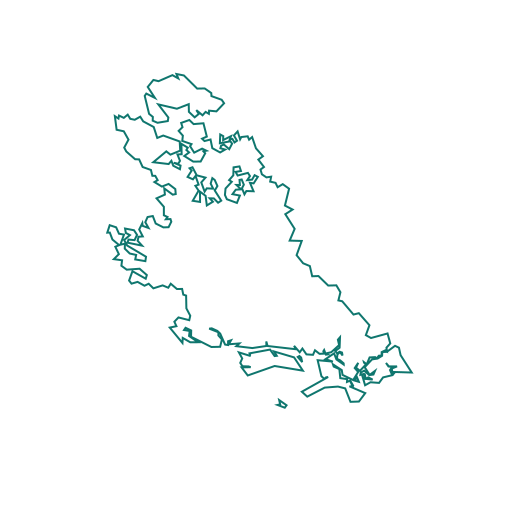 the district of Tolé, Chiriquí, Panama, rotated 302°
{"feature_id": "35544464B42415898156118", "entity_name": "Tolé", "entity_type": "district", "adm_level": 2, "iso_a3": "PAN", "parent_name": "Panama", "parent_adm1": "Chiriquí", "projection": "natural_earth1", "projection_center": [-81.647, 8.186], "detail": "fine", "context": "isolated", "style": "outline", "palette": "teal", "viewbox_px": 512, "rotation_deg": 302, "n_neighbors": 0, "source": "geoboundaries", "source_scale": "gbopen_adm2", "svg_char_len": 6148}
<svg xmlns="http://www.w3.org/2000/svg" viewBox="0 0 512 512"><g transform="rotate(302 256 256)"><path d="M174.7,224.7L170.5,231.9L166.2,233.4L162.8,222.8L157.0,221.6L154.3,225.7L149.6,220.8L143.3,239.7L147.7,237.3L148.0,246.0L152.2,252.6L152.7,241.6L157.3,239.5L155.1,234.2L157.8,234.3L158.5,240.5L153.1,243.7L155.2,266.4L160.0,273.7L167.2,271.3L168.7,266.2L171.4,264.5L169.6,254.8L171.2,256.8L172.0,262.9L171.2,266.8L164.5,276.7L165.7,279.5L168.9,277.5L171.3,279.5L166.7,279.7L173.0,288.2L169.1,287.1L176.0,301.7L185.2,312.5L189.0,310.0L185.8,313.5L198.0,339.1L200.0,335.9L197.5,344.1L202.1,344.4L199.3,350.9L202.4,356.7L207.3,356.0L206.7,361.7L209.2,365.4L210.9,363.6L212.4,363.6L210.1,366.6L214.3,370.8L224.5,373.7L228.4,369.8L231.6,370.3L222.5,375.5L217.4,373.6L216.4,376.4L219.1,377.6L219.7,380.1L217.5,382.1L219.0,378.2L215.7,377.2L211.7,379.1L212.1,382.7L211.4,387.2L210.4,387.9L210.9,379.0L214.8,373.8L205.3,369.6L207.2,377.2L200.3,363.5L188.7,375.2L188.0,379.0L190.2,379.7L191.6,381.3L165.2,366.8L163.9,374.0L180.8,384.0L188.7,394.7L191.0,401.8L182.4,413.4L187.1,420.4L197.6,421.3L195.0,404.3L196.6,407.2L199.6,402.5L197.2,407.7L200.3,401.9L197.4,399.9L199.9,398.6L197.1,392.2L204.3,386.6L203.4,380.5L204.9,378.7L204.7,389.2L201.0,392.4L202.3,404.1L211.8,404.1L213.3,399.1L219.6,399.3L214.3,400.0L213.7,405.0L222.4,406.7L222.8,404.1L223.2,403.7L222.8,407.3L230.2,406.1L233.4,410.7L233.2,412.7L236.5,413.0L238.2,415.3L241.1,413.5L244.6,415.7L244.5,417.6L247.4,415.2L253.0,416.2L260.0,408.6L247.4,397.0L247.1,391.1L257.4,388.9L262.0,373.5L258.0,369.7L263.3,353.1L262.0,349.4L270.0,346.8L273.7,339.7L269.2,332.9L272.1,319.6L268.6,314.4L276.0,307.0L274.8,299.8L278.2,290.0L293.0,286.8L286.9,276.4L299.5,274.4L307.0,258.7L314.8,262.4L314.1,253.8L330.6,248.4L331.1,240.6L325.8,237.9L328.4,233.8L326.6,228.6L331.3,226.8L328.2,223.2L328.4,217.7L331.7,214.0L335.7,215.6L339.0,206.9L344.3,209.0L347.3,198.9L354.8,189.7L351.0,188.5L353.1,185.5L349.1,180.5L346.5,180.7L351.9,174.4L346.5,173.4L343.7,178.8L340.9,177.6L342.8,173.9L341.0,172.0L344.4,171.3L336.9,166.7L340.3,164.7L340.1,161.3L332.5,165.6L339.7,173.5L338.6,176.2L332.4,176.7L333.5,169.7L331.1,167.9L328.5,168.7L329.9,173.4L324.8,170.7L324.3,161.8L330.7,155.7L326.2,151.4L326.9,148.1L331.2,151.0L340.7,141.1L334.8,133.2L336.0,127.4L329.2,122.0L326.3,125.4L321.1,124.1L319.3,130.2L314.5,132.5L316.7,142.0L314.2,141.9L310.9,148.8L318.5,153.4L319.0,158.1L316.9,155.9L316.2,158.5L306.8,159.0L302.8,152.8L302.8,142.2L308.4,144.4L309.0,140.8L311.7,140.7L311.6,133.3L302.9,139.0L300.5,135.6L296.4,141.1L293.0,141.2L291.5,136.8L292.7,144.1L289.3,145.5L288.7,138.0L291.9,133.8L287.7,133.2L281.1,119.2L297.2,124.5L296.6,129.7L305.2,135.9L312.7,130.6L309.0,113.5L303.8,109.7L311.2,100.9L310.4,89.0L312.8,84.0L307.3,81.0L305.7,76.7L307.9,72.3L303.1,70.7L302.5,65.4L299.7,66.5L299.8,62.2L289.2,70.9L291.7,77.8L287.1,86.2L278.1,86.8L275.9,90.6L274.0,102.2L276.0,105.7L271.4,112.7L273.3,121.3L269.1,125.6L270.6,128.1L268.2,132.4L264.9,130.7L265.0,139.4L270.8,143.7L270.0,152.1L266.0,155.1L263.9,152.9L264.7,142.4L259.8,146.2L252.2,141.1L248.9,151.8L241.7,156.3L242.2,160.3L239.4,160.1L242.0,163.9L240.2,166.0L234.1,166.6L231.2,162.3L230.4,153.7L235.2,147.3L231.6,143.4L226.0,144.2L222.8,150.0L221.5,143.9L223.6,142.2L216.6,142.9L212.6,149.6L210.1,146.2L206.2,147.5L204.4,153.9L199.2,139.9L202.4,139.2L205.1,144.6L210.9,143.9L213.2,138.9L209.9,130.4L206.6,133.4L206.9,138.0L199.7,135.7L196.6,141.2L197.1,163.1L193.0,164.9L189.1,155.4L193.4,153.8L191.2,147.6L192.7,140.8L197.0,138.3L193.7,135.0L204.2,132.7L202.3,128.0L206.2,122.2L204.6,115.6L197.0,117.5L198.4,119.6L193.9,125.5L192.7,134.2L189.3,131.8L184.9,138.7L178.0,137.1L181.4,144.7L176.4,147.0L175.9,153.6L183.5,164.0L182.0,173.5L178.3,174.5L177.6,159.3L167.9,161.4L166.6,165.1L171.3,169.3L171.7,177.2L175.6,179.7L174.2,186.1L181.6,192.4L182.6,198.4L187.3,198.4L186.1,206.4L188.9,210.8L184.7,214.8L185.4,217.7L174.7,224.7ZM290.9,211.7L288.7,201.2L291.3,197.3L297.1,194.4L306.1,196.1L306.1,193.0L312.4,194.0L319.3,190.0L323.2,194.5L320.1,198.2L316.5,194.1L314.5,197.8L322.2,205.1L320.6,208.5L315.7,208.4L318.7,212.2L323.8,212.0L324.1,215.6L316.3,215.5L314.9,212.1L309.6,219.6L306.0,213.4L302.2,213.5L306.0,208.2L310.0,207.9L313.3,203.3L311.8,201.7L307.7,204.7L305.9,201.8L304.6,208.0L301.5,203.7L296.0,203.3L298.7,210.3L290.9,211.7ZM269.3,173.1L281.0,172.7L283.4,167.4L286.1,169.5L291.8,162.3L287.6,161.9L286.8,156.1L294.3,156.2L295.2,153.2L297.6,155.1L293.0,163.0L295.7,171.6L289.4,170.6L283.4,178.3L287.3,178.4L290.4,184.0L293.4,179.2L298.9,177.7L298.6,180.7L294.9,186.2L289.7,186.3L284.5,197.2L281.1,195.6L282.5,189.7L280.4,186.2L279.2,190.7L272.8,187.5L280.3,181.4L280.9,174.4L272.2,179.9L269.3,173.1ZM357.7,145.8L368.6,148.0L370.3,144.1L368.0,133.5L370.5,131.7L370.9,123.7L366.8,117.4L370.9,99.2L368.2,92.1L365.4,96.0L365.1,89.3L352.6,80.7L350.9,75.7L342.0,74.6L336.5,86.5L335.6,76.9L332.8,76.8L319.9,90.0L319.3,94.8L316.0,96.7L316.8,101.9L323.7,109.7L327.0,108.3L332.8,92.8L339.0,110.9L349.1,118.5L342.7,122.7L341.1,130.5L346.2,132.2L348.1,128.1L347.0,136.1L351.5,136.9L351.6,140.7L354.4,139.2L357.7,145.8ZM253.5,421.5L244.1,417.8L241.5,414.0L238.2,415.8L233.5,413.5L229.8,409.2L219.3,407.1L215.4,415.4L221.6,417.8L217.7,418.4L215.0,415.1L216.1,408.5L212.6,406.6L210.5,407.5L213.2,410.0L213.3,411.0L210.0,414.0L212.6,415.6L213.0,420.4L209.5,413.3L212.9,410.9L211.5,408.8L204.2,417.0L209.6,420.0L213.6,427.6L220.4,428.1L227.1,434.7L230.3,430.1L234.1,430.3L232.5,426.9L234.2,422.9L232.8,427.2L237.1,434.1L232.5,430.8L229.9,433.0L239.7,449.8L248.5,431.2L254.0,425.8L253.5,421.5ZM168.1,303.6L165.2,292.6L161.8,298.6L157.0,299.3L155.3,302.9L158.4,308.2L158.9,310.4L153.9,302.8L150.3,312.3L172.6,330.1L183.6,356.5L190.2,342.0L184.6,321.9L182.4,326.5L181.0,324.8L184.1,317.5L170.0,302.1L169.1,303.4L168.1,303.6ZM146.1,352.0L143.0,355.1L141.1,353.2L142.6,360.8L145.6,361.0L146.1,352.0ZM206.9,405.6L202.7,406.0L203.8,409.9L206.9,405.6ZM190.5,351.4L193.8,348.1L194.2,345.8L192.5,344.9L190.5,351.4ZM229.0,435.1L230.7,435.4L229.3,434.4L229.0,435.1ZM210.4,368.8L210.3,367.6L208.9,367.0L210.4,368.8Z" fill="none" stroke="#0f766e" stroke-width="2"/></g></svg>